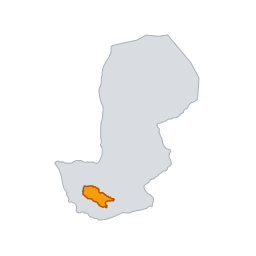 Caazapá on a map of Paraguay (Albers equal-area conic projection), rotated 64°
{"feature_id": "PRY-618", "entity_name": "Caazapá", "entity_type": "Department", "adm_level": 1, "iso_a3": "PRY", "parent_name": "Paraguay", "parent_adm1": "", "projection": "albers", "projection_center": [-55.918, -26.161], "detail": "fine", "context": "in_parent", "style": "filled", "palette": "amber", "viewbox_px": 256, "rotation_deg": 64, "n_neighbors": 0, "source": "natural_earth", "source_scale": "10m", "svg_char_len": 5663}
<svg xmlns="http://www.w3.org/2000/svg" viewBox="0 0 256 256"><g transform="rotate(64 128 128)"><path d="M133.0,60.1L133.5,61.6L133.8,62.8L134.4,63.6L135.1,64.7L135.8,65.3L136.2,66.3L136.1,67.5L136.4,69.0L136.7,70.3L137.1,70.6L138.0,70.9L138.5,72.1L138.2,72.7L138.3,73.4L138.7,74.1L138.4,74.7L138.5,75.2L139.2,75.7L139.8,77.3L139.9,80.1L139.3,81.6L138.8,82.9L138.6,83.6L139.0,84.7L138.4,86.1L137.7,87.7L137.9,88.8L138.0,89.8L138.1,90.9L138.3,91.9L138.1,93.0L137.8,94.0L137.7,95.1L138.1,96.3L137.5,97.5L137.2,98.3L137.1,99.2L137.7,100.5L139.2,101.0L140.3,101.1L141.4,100.4L142.2,100.2L143.8,100.8L145.2,101.9L147.0,102.0L148.6,102.2L149.8,102.5L151.6,102.1L153.5,102.5L155.6,103.1L157.4,103.6L159.2,103.5L160.6,103.4L162.0,102.7L163.3,102.8L164.3,101.7L164.9,100.7L165.4,100.0L166.9,99.5L167.9,99.8L168.8,101.6L170.2,102.6L170.8,103.4L171.9,103.7L174.3,103.8L175.8,103.7L177.4,104.3L178.5,104.3L179.5,105.2L180.4,106.4L180.5,108.6L181.3,110.2L182.4,110.8L183.0,111.9L182.8,113.3L182.3,114.8L182.3,116.3L182.9,117.8L182.9,119.2L183.3,120.7L184.0,121.9L184.3,123.9L184.1,125.4L184.7,126.2L184.8,127.4L184.5,128.3L184.4,129.7L184.4,130.8L184.8,131.8L186.0,133.0L186.3,135.3L186.3,136.8L186.8,138.6L187.7,139.4L189.2,139.7L191.0,140.0L193.1,139.6L195.0,139.1L196.1,138.6L198.2,137.3L200.0,136.6L201.0,136.1L201.9,135.8L203.7,136.6L205.4,137.7L206.7,139.1L209.1,140.8L208.7,141.1L207.7,142.4L207.7,143.9L208.3,146.1L207.7,150.8L205.7,157.8L204.9,161.9L205.2,163.1L204.5,165.2L201.8,169.6L201.7,172.6L201.3,181.5L200.4,187.9L198.9,192.5L197.6,195.0L196.4,195.3L195.5,196.0L195.0,197.2L194.0,198.2L192.6,199.0L191.9,199.8L191.7,200.8L190.4,201.4L187.8,201.6L186.3,202.4L185.9,203.6L185.0,204.6L183.7,205.3L183.1,206.5L183.2,208.2L182.5,209.6L180.9,210.8L179.5,210.9L178.3,209.7L176.6,209.0L174.4,208.6L172.6,208.9L171.2,209.8L169.9,211.3L168.8,213.4L167.6,213.7L166.2,212.4L164.5,212.0L162.4,212.5L160.7,212.3L159.5,211.4L157.6,211.3L155.1,212.1L149.9,211.3L142.0,209.0L135.4,208.2L127.3,209.2L126.6,206.8L127.0,205.4L128.3,204.4L129.1,203.3L129.4,202.0L130.3,201.0L131.8,200.3L132.4,199.6L132.2,198.9L132.5,198.3L133.3,197.8L133.8,196.9L133.9,195.8L134.2,195.2L134.8,194.8L134.8,194.0L134.4,191.6L134.5,189.6L134.8,188.1L135.3,187.1L135.7,186.9L136.0,186.3L136.1,185.4L136.6,184.5L139.2,182.7L140.2,181.7L140.2,180.8L140.6,179.6L142.1,177.0L142.6,175.8L142.6,175.2L143.2,174.6L145.0,173.1L146.0,171.8L146.2,170.5L145.7,169.1L144.6,167.5L141.2,163.5L138.6,161.8L135.2,160.3L133.0,159.9L131.9,160.4L130.9,160.0L129.7,158.7L127.9,157.6L124.0,156.5L115.1,152.1L111.5,149.9L110.3,148.5L106.9,146.1L101.4,142.7L97.2,141.0L94.3,141.2L89.6,140.3L83.2,138.4L79.4,136.4L78.3,134.4L75.9,132.4L72.1,130.5L70.0,129.2L69.9,128.5L68.7,127.7L66.6,126.8L64.2,125.1L61.6,122.6L58.8,118.8L55.7,113.6L52.5,110.1L49.1,108.4L47.4,107.3L47.4,106.7L46.9,106.1L47.2,105.1L48.2,100.9L49.6,95.0L51.1,88.8L52.9,81.5L52.7,76.4L52.4,71.0L55.2,66.5L57.2,63.2L59.0,60.2L60.6,55.0L61.7,51.5L66.5,50.5L74.7,48.4L78.8,47.4L87.3,45.2L96.1,43.0L105.3,42.6L114.3,42.3L121.3,46.3L126.6,49.4L132.5,52.9L132.9,53.7L133.4,56.6L133.0,60.1Z" fill="#d9dde1" stroke="#a8b0b8" stroke-width="1"/><path d="M183.2,174.2L184.1,173.8L184.3,173.7L184.5,173.5L184.6,173.4L184.8,173.2L184.9,172.9L184.9,172.5L185.3,172.0L185.9,171.8L186.1,171.9L186.4,171.9L186.5,172.0L186.5,172.3L186.5,172.5L186.9,173.0L187.0,173.3L186.9,173.4L186.8,173.6L186.3,174.0L186.2,174.3L186.1,174.5L186.0,175.0L186.0,175.3L185.7,176.2L185.6,176.4L185.5,176.6L185.1,176.9L185.0,177.0L184.7,177.8L184.5,178.2L184.5,178.4L184.6,178.6L184.8,178.9L184.7,179.1L184.7,179.3L184.8,179.8L184.8,180.0L184.8,180.5L184.8,180.8L185.0,181.0L185.8,181.3L186.1,181.4L186.2,181.5L186.3,181.5L186.6,181.4L186.8,181.4L187.2,181.4L187.7,181.4L188.1,181.3L188.7,181.1L188.8,181.1L189.0,181.3L189.1,181.5L189.3,181.6L189.8,181.7L190.0,181.8L190.1,182.0L190.1,182.3L189.9,182.5L188.9,183.1L188.7,183.0L188.5,182.9L188.5,183.0L188.4,183.0L188.4,183.3L188.4,183.5L188.3,183.8L188.3,184.8L188.2,185.1L188.0,185.3L187.2,186.1L185.6,187.3L185.3,187.5L184.0,188.0L183.6,188.1L183.4,188.1L183.1,188.0L182.8,188.0L182.4,188.0L181.6,188.3L180.5,188.7L180.3,189.0L180.2,189.4L180.0,189.6L179.7,189.9L178.8,190.8L178.5,191.0L178.2,191.1L176.9,191.4L175.9,191.7L175.7,191.9L175.3,192.5L175.2,192.7L175.0,193.2L174.8,193.5L174.6,193.8L174.3,194.0L174.2,194.2L174.0,194.4L173.9,195.0L173.7,195.2L173.4,195.3L172.9,195.4L171.7,195.8L170.1,196.6L168.0,197.5L167.7,197.5L167.4,197.4L167.1,197.3L166.5,196.8L166.4,196.7L165.0,196.4L164.9,196.2L165.0,196.1L165.1,195.9L165.1,195.7L164.9,195.3L164.6,195.2L164.0,195.2L163.7,195.2L163.4,195.0L162.6,194.5L162.3,194.2L162.0,193.7L161.8,193.4L161.7,193.1L161.0,192.6L161.2,192.2L161.5,191.9L162.0,191.5L162.2,191.2L162.3,191.0L162.3,190.7L162.5,190.3L162.7,190.1L162.8,189.8L162.8,189.6L162.8,189.3L162.8,189.1L163.3,188.7L163.4,188.4L163.5,187.6L163.6,186.9L163.8,186.6L164.4,185.9L164.5,185.7L164.7,185.0L165.3,185.0L165.7,185.1L166.0,184.9L166.3,183.9L166.4,183.5L166.6,183.2L166.8,183.0L167.1,182.9L168.0,182.9L168.3,182.7L168.5,182.4L168.5,182.1L168.6,181.9L168.8,181.6L169.0,181.5L169.3,181.6L169.5,181.6L170.4,181.2L170.7,181.1L170.9,181.1L171.0,181.2L171.1,181.3L171.6,181.7L172.4,182.2L172.7,182.2L173.8,181.7L174.2,181.4L174.3,181.3L174.4,181.1L174.7,179.5L174.8,179.3L175.0,179.1L175.9,178.8L176.1,178.7L176.5,178.3L176.7,178.2L177.3,178.1L177.6,178.0L178.0,177.6L178.3,177.5L180.0,176.8L180.2,176.7L180.3,176.5L180.5,176.1L180.6,175.9L180.9,175.7L181.1,175.6L181.3,175.7L181.6,175.7L181.8,175.7L182.0,175.5L182.1,175.3L182.4,174.6L182.5,174.3L182.6,174.2L183.2,174.2Z" fill="#f59e0b" stroke="#b45309" stroke-width="1.5"/></g></svg>